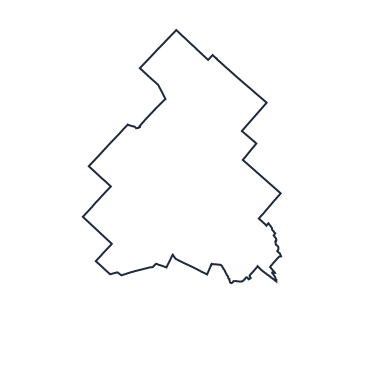 Gogosari, Giurgiu, Romania, rotated 43°
{"feature_id": "2599482B84507417435339", "entity_name": "Gogosari", "entity_type": "district", "adm_level": 2, "iso_a3": "ROU", "parent_name": "Romania", "parent_adm1": "Giurgiu", "projection": "equal_earth", "projection_center": [25.692, 43.875], "detail": "fine", "context": "isolated", "style": "outline", "palette": "slate", "viewbox_px": 384, "rotation_deg": 43, "n_neighbors": 0, "source": "geoboundaries", "source_scale": "gbopen_adm2", "svg_char_len": 5588}
<svg xmlns="http://www.w3.org/2000/svg" viewBox="0 0 384 384"><g transform="rotate(43 192 192)"><path d="M199.5,297.0L201.1,294.0L202.3,292.0L203.0,290.9L204.2,288.9L204.3,288.8L204.4,288.5L204.9,287.8L206.3,285.6L206.8,284.9L206.9,284.7L208.0,283.1L208.8,281.7L209.4,280.8L209.6,280.6L209.7,280.3L210.2,279.7L210.5,279.2L211.5,277.7L212.1,276.6L212.4,276.0L212.7,275.8L213.4,275.0L214.0,274.4L214.4,273.8L214.5,273.6L214.5,273.4L214.5,272.4L214.5,271.1L214.6,270.1L214.6,269.4L214.6,269.1L214.7,268.9L215.0,268.8L215.5,268.6L217.1,268.0L220.7,266.3L222.5,265.5L224.6,264.7L224.8,264.6L224.3,263.2L222.1,255.7L221.1,252.7L220.9,252.0L220.7,251.0L225.1,252.0L225.5,252.0L225.8,252.0L227.0,251.6L231.1,250.5L234.4,249.5L238.0,248.3L238.8,248.0L239.5,247.8L244.9,246.1L251.6,244.2L251.8,244.2L253.4,243.8L256.5,242.8L259.3,242.0L258.3,239.3L256.0,232.8L256.0,232.7L255.8,232.8L255.7,232.6L255.5,231.9L255.4,231.1L255.7,231.0L256.0,230.8L256.9,230.1L257.6,229.7L257.8,229.6L258.3,229.0L259.0,228.5L260.2,227.6L261.1,226.9L261.4,226.8L261.6,226.7L261.8,226.2L263.0,225.7L263.3,225.7L263.8,225.7L264.3,225.7L264.7,225.8L265.1,225.9L265.8,226.2L266.4,226.5L266.6,226.6L267.2,226.7L267.6,226.7L268.8,226.9L269.1,227.0L269.7,227.2L269.9,227.3L270.0,227.4L270.7,227.6L271.8,228.1L272.8,228.4L274.0,228.9L274.5,229.0L275.3,229.1L275.7,229.2L276.3,229.4L276.4,229.5L276.8,229.9L277.2,230.1L277.4,230.2L278.0,230.4L278.5,230.3L278.7,230.2L278.9,230.5L279.4,230.8L279.8,231.1L280.7,231.7L281.3,232.0L281.8,232.1L282.2,232.1L282.5,232.0L283.0,231.7L283.3,230.9L283.3,230.3L283.2,229.4L283.3,229.4L283.3,229.1L283.4,228.7L284.1,227.9L284.9,227.2L285.1,227.0L286.5,226.1L286.9,225.7L288.0,225.0L288.5,224.5L289.1,223.9L289.5,223.2L289.7,222.8L289.9,222.4L290.0,222.0L290.0,221.7L289.9,221.5L290.0,220.8L290.0,220.4L290.0,219.9L289.9,218.9L289.9,218.6L289.8,218.1L289.8,217.8L289.8,217.6L289.9,217.4L290.0,217.3L290.1,217.2L290.3,217.1L290.7,217.0L291.2,216.9L293.0,217.2L293.6,215.3L293.7,215.1L293.6,214.9L293.0,214.6L292.1,214.4L291.5,214.2L291.4,214.1L291.1,213.7L291.0,213.1L291.0,212.1L291.0,207.7L290.8,203.4L290.6,201.5L294.7,201.7L295.7,201.8L296.7,201.7L303.0,201.1L305.4,200.8L312.1,200.1L314.6,199.9L313.8,199.1L313.7,198.9L313.7,198.7L313.4,198.6L312.8,198.5L312.0,198.2L311.3,197.9L310.8,197.6L309.7,197.2L309.3,197.1L308.8,197.1L308.4,197.0L307.4,196.7L307.0,196.6L306.3,196.5L305.7,196.5L305.6,196.4L305.5,196.1L305.6,195.9L306.8,195.1L307.8,194.5L307.6,194.4L306.7,194.4L305.7,194.2L305.0,194.2L303.8,194.0L301.5,193.8L301.1,193.7L300.5,193.7L300.4,193.7L300.1,193.1L300.1,192.1L300.1,191.9L299.9,188.5L299.9,186.1L299.8,183.8L299.8,182.6L299.8,181.2L299.9,179.8L301.0,178.3L300.4,178.0L299.8,177.8L298.2,177.0L297.9,177.0L296.6,177.1L295.6,177.2L295.1,177.2L294.6,177.0L294.5,176.9L294.6,175.7L293.6,174.2L293.3,173.9L292.8,173.5L292.6,173.4L292.2,173.2L290.9,173.1L290.4,173.1L290.1,173.2L289.8,173.3L289.7,173.3L289.3,173.3L289.0,173.2L286.7,171.3L286.6,171.2L286.8,170.8L287.0,170.7L286.8,170.4L286.7,170.3L286.8,170.2L286.6,169.7L286.3,169.5L286.1,169.2L285.5,168.9L285.2,168.8L283.8,168.5L283.2,168.4L282.9,168.3L282.4,168.2L281.3,168.0L281.3,167.3L281.2,166.4L281.0,165.4L280.6,165.4L280.2,165.4L279.8,165.4L279.4,165.3L279.0,165.2L278.2,165.1L277.5,165.1L276.7,165.0L276.1,164.8L275.8,164.6L275.5,164.3L275.4,164.1L274.9,163.9L274.5,163.7L273.6,163.5L269.2,162.8L269.2,163.7L269.2,164.1L269.2,164.6L269.4,165.9L268.3,165.8L266.9,165.7L259.0,165.9L258.8,161.6L258.9,160.6L258.9,158.8L258.6,154.6L258.5,152.1L258.4,149.1L258.1,143.1L257.8,132.5L245.3,132.8L243.1,132.9L231.3,133.2L207.3,133.9L207.0,128.6L206.4,120.6L206.4,120.0L206.0,112.8L206.0,112.7L203.5,112.7L186.9,113.4L186.7,108.1L185.7,75.8L182.1,75.9L175.2,76.2L170.5,76.4L163.3,76.6L155.7,77.0L143.8,77.4L141.5,77.4L138.8,77.5L136.1,77.5L132.5,77.7L129.7,77.7L123.0,77.8L121.7,77.9L120.3,77.9L119.1,77.6L119.1,77.8L118.2,77.8L113.7,77.8L113.7,79.5L113.7,84.4L110.7,84.4L106.7,84.4L99.3,84.4L98.1,84.4L96.0,84.3L92.3,84.3L92.2,84.4L90.8,84.4L83.4,84.3L81.1,84.3L79.8,84.3L79.5,84.4L76.9,84.4L74.5,84.3L72.7,84.3L70.0,84.3L70.0,85.0L70.1,87.5L70.2,87.8L70.0,88.9L69.8,100.0L69.8,104.3L69.6,111.0L69.6,112.4L69.6,119.7L69.6,121.0L69.5,128.1L69.5,129.8L69.4,135.9L69.4,136.5L69.4,137.0L71.1,137.1L71.5,137.0L71.6,136.9L74.6,137.0L78.3,137.0L80.9,137.0L86.1,136.9L94.1,136.7L94.9,137.0L96.3,137.5L101.3,139.2L103.8,140.1L105.3,140.7L109.2,142.1L109.0,143.7L108.9,146.5L108.6,153.5L108.5,156.4L108.6,156.6L108.6,156.9L108.7,157.0L108.6,157.7L108.6,160.3L108.5,163.5L108.5,165.3L108.5,171.9L108.6,172.8L108.6,174.1L108.7,177.8L108.8,179.5L109.0,179.4L109.5,179.6L109.6,179.9L109.6,180.0L109.2,181.5L107.7,183.5L107.4,183.4L107.2,183.4L106.7,183.3L106.0,183.3L105.3,183.5L104.9,183.6L104.6,183.8L104.3,184.0L104.2,184.2L103.9,184.4L101.5,185.5L100.8,185.9L100.3,186.2L99.0,186.5L99.1,187.4L99.0,190.8L99.0,191.9L99.0,192.2L99.0,193.7L99.1,198.2L99.0,205.2L98.9,211.5L99.0,227.4L99.1,229.2L99.0,229.7L99.0,233.8L99.0,236.6L98.9,242.0L99.0,243.4L99.0,243.6L108.3,243.5L114.3,243.5L116.4,243.5L120.8,243.3L122.8,243.3L124.3,243.3L128.9,243.3L128.8,249.1L128.8,250.6L128.8,251.4L128.8,255.9L128.9,263.2L128.8,263.9L128.8,264.9L128.9,268.3L129.0,268.5L129.0,269.9L129.1,271.2L129.1,274.3L129.1,279.8L129.1,281.3L129.1,284.6L148.2,284.6L156.6,284.6L160.7,284.6L164.8,284.6L168.7,284.6L168.8,286.7L168.8,288.3L168.7,294.4L168.7,298.8L168.8,299.9L168.8,308.2L170.0,308.2L174.6,308.1L181.9,308.1L188.2,308.0L191.6,302.6L192.3,301.6L196.1,301.2L197.1,301.1L197.3,300.9L199.5,297.0Z" fill="none" stroke="#1e293b" stroke-width="2"/></g></svg>